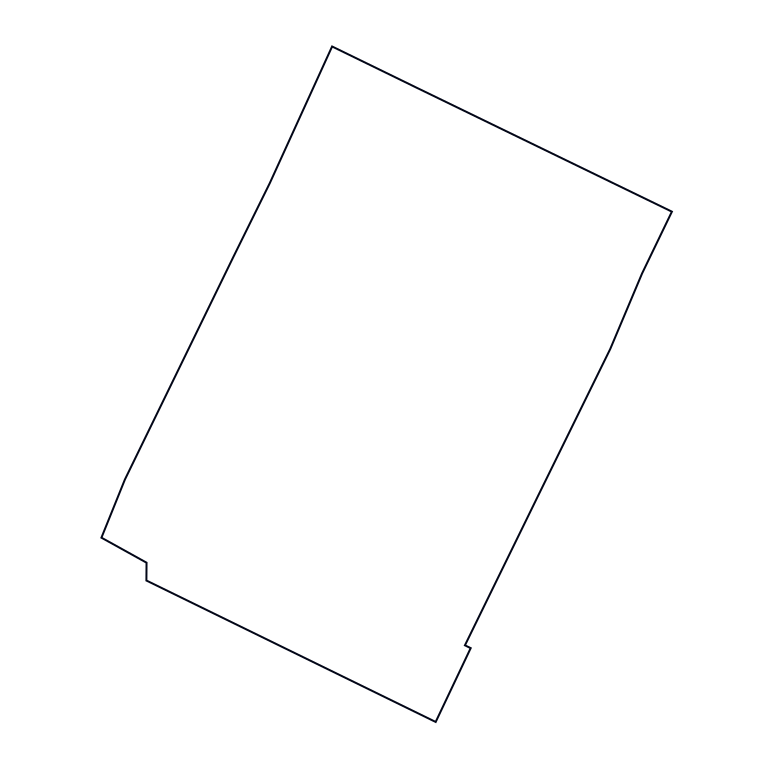 outline of Todd, Minnesota, United States of America, rotated 206°
{"feature_id": "52423323B13175905276165", "entity_name": "Todd", "entity_type": "district", "adm_level": 2, "iso_a3": "USA", "parent_name": "United States of America", "parent_adm1": "Minnesota", "projection": "robinson", "projection_center": [-94.915, 46.071], "detail": "fine", "context": "isolated", "style": "outline", "palette": "ink", "viewbox_px": 768, "rotation_deg": 206, "n_neighbors": 0, "source": "geoboundaries", "source_scale": "gbopen_adm2", "svg_char_len": 358}
<svg xmlns="http://www.w3.org/2000/svg" viewBox="0 0 768 768"><g transform="rotate(206 384 384)"><path d="M189.4,102.9L190.3,184.6L196.7,184.6L196.5,350.4L196.0,514.6L200.5,596.5L200.8,665.1L484.9,664.6L578.6,664.6L574.7,514.6L575.1,431.9L575.0,184.5L570.6,122.0L519.1,119.3L511.4,103.2L189.4,102.9Z" fill="none" stroke="#020617" stroke-width="2"/></g></svg>